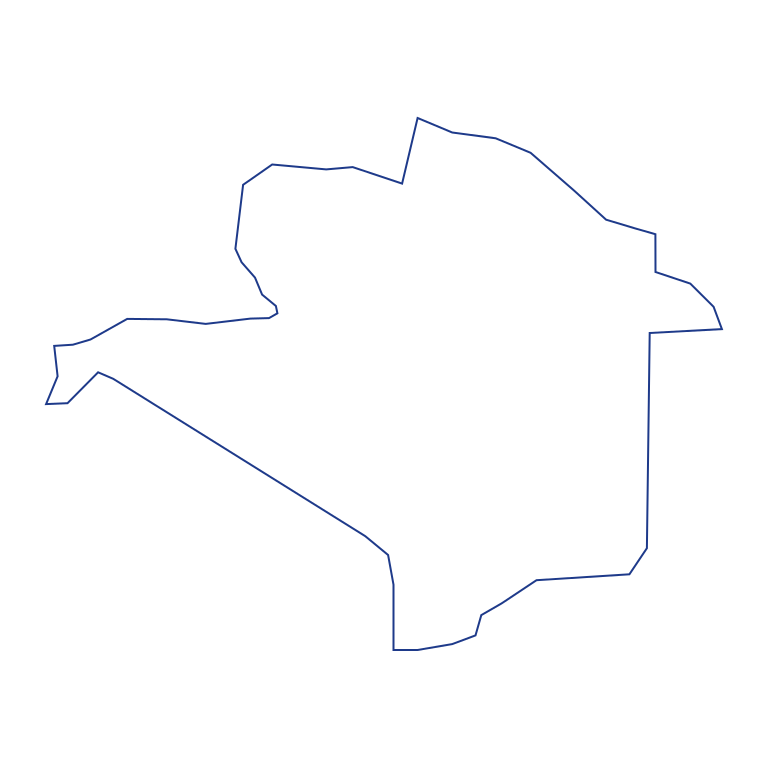 SVG path tracing the border of Napak
{"feature_id": "UGA-5615", "entity_name": "Napak", "entity_type": "District", "adm_level": 1, "iso_a3": "UGA", "parent_name": "Uganda", "parent_adm1": "", "projection": "albers", "projection_center": [34.172, 2.394], "detail": "fine", "context": "isolated", "style": "outline", "palette": "blue", "viewbox_px": 768, "rotation_deg": 0, "n_neighbors": 0, "source": "natural_earth", "source_scale": "10m", "svg_char_len": 732}
<svg xmlns="http://www.w3.org/2000/svg" viewBox="0 0 768 768"><path d="M402.1,183.6L417.6,118.0L452.2,132.5L495.7,138.3L530.6,152.8L574.1,190.6L606.1,219.7L635.1,228.4L655.4,234.2L655.5,272.0L690.3,283.6L713.6,306.8L721.9,329.1L649.7,333.0L646.9,548.2L629.4,574.3L536.5,580.2L501.6,603.4L481.3,615.1L475.5,635.4L452.2,644.1L417.4,650.0L393.5,650.0L393.5,584.7L388.1,555.0L365.3,536.2L208.2,438.1L113.2,378.8L98.1,372.3L67.5,403.2L46.1,404.1L57.6,376.3L54.2,345.9L72.9,344.7L90.5,339.5L127.2,318.9L166.8,319.3L205.7,323.9L250.4,318.6L269.0,318.1L277.4,313.3L275.9,306.0L262.1,294.6L255.0,277.6L241.6,262.3L235.4,248.8L243.1,184.8L272.2,164.5L326.2,169.4L352.7,167.1L402.1,183.6Z" fill="none" stroke="#1e3a8a" stroke-width="2"/></svg>